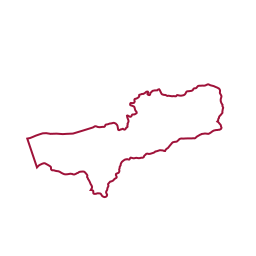 Umling, Geylegphug, Bhutan (orthographic projection), rotated 34°
{"feature_id": "84629894B75666827579722", "entity_name": "Umling", "entity_type": "district", "adm_level": 2, "iso_a3": "BTN", "parent_name": "Bhutan", "parent_adm1": "Geylegphug", "projection": "orthographic", "projection_center": [90.619, 26.907], "detail": "fine", "context": "isolated", "style": "outline", "palette": "rose", "viewbox_px": 256, "rotation_deg": 34, "n_neighbors": 0, "source": "geoboundaries", "source_scale": "gbopen_adm2", "svg_char_len": 5929}
<svg xmlns="http://www.w3.org/2000/svg" viewBox="0 0 256 256"><g transform="rotate(34 128 128)"><path d="M50.4,193.1L74.6,211.6L74.9,209.6L75.1,208.8L75.4,208.1L75.8,207.4L77.0,205.4L77.8,204.5L78.0,204.2L78.4,204.0L78.7,203.8L79.1,203.7L82.2,203.4L84.1,203.3L85.2,203.3L85.5,203.4L85.9,203.5L86.2,203.8L86.4,204.1L87.1,205.0L87.4,205.3L87.8,205.4L88.2,205.5L88.6,205.5L88.9,205.4L89.6,204.9L90.3,204.5L91.0,204.3L91.8,204.1L92.1,203.9L93.2,203.5L94.2,202.9L94.6,202.8L95.7,202.5L98.1,202.4L99.6,202.2L100.7,202.0L101.5,201.7L102.2,201.3L103.4,200.4L104.6,199.3L105.4,198.5L106.0,198.0L106.7,197.7L107.4,197.3L108.2,197.2L108.5,197.1L108.9,196.9L109.2,196.7L109.5,196.5L110.0,195.8L110.4,195.2L110.9,194.1L111.1,193.8L111.4,193.5L111.6,193.2L112.0,192.1L112.2,191.7L112.7,191.1L113.3,190.6L114.8,189.4L115.5,189.0L115.9,188.8L116.2,188.8L116.6,188.8L117.0,188.8L117.8,189.0L118.5,189.2L119.3,189.4L120.4,189.8L120.7,190.0L121.0,190.3L121.4,191.4L121.6,191.6L122.4,191.9L123.1,192.3L123.7,192.8L124.5,193.0L125.8,193.7L126.8,194.3L128.4,195.4L129.9,196.0L130.2,196.2L130.8,196.7L131.1,196.9L131.3,197.3L131.6,197.8L131.8,200.2L132.4,199.8L133.2,199.6L133.6,199.5L134.3,199.6L134.7,200.0L135.4,201.0L135.8,201.5L136.2,201.6L136.7,201.5L137.1,201.3L138.2,200.5L139.1,199.3L141.0,198.1L141.8,197.8L142.6,197.9L144.1,198.6L144.6,198.8L145.5,198.8L146.3,198.7L147.2,198.4L147.8,197.8L148.3,197.0L148.4,196.3L148.3,195.7L147.9,194.9L146.7,194.3L145.9,193.7L145.5,192.9L145.4,192.5L145.4,191.4L145.2,190.6L144.8,189.8L144.6,189.4L144.4,188.6L144.4,187.7L144.1,186.9L143.5,186.3L143.0,185.9L142.8,185.4L142.9,184.8L143.1,183.2L143.2,182.5L143.6,182.0L144.2,181.4L144.8,180.3L145.0,180.0L145.3,178.2L145.3,177.7L145.5,177.4L146.2,175.9L146.2,175.3L145.9,174.8L144.4,173.9L144.2,173.7L143.8,172.9L144.0,172.2L144.3,171.9L144.9,170.9L145.2,170.4L145.2,169.4L145.0,168.7L144.7,168.2L144.3,167.8L144.0,167.5L143.8,167.2L143.6,166.2L142.8,164.7L142.8,164.1L142.8,163.3L142.7,162.9L142.2,162.1L142.0,161.3L141.9,160.5L141.9,159.3L142.5,157.4L143.1,156.0L143.4,155.5L143.9,155.3L144.2,154.8L144.7,154.3L145.7,154.0L146.3,153.7L146.7,153.4L146.8,153.0L146.6,151.8L146.9,151.0L148.1,150.6L149.8,149.9L151.5,148.1L153.5,147.2L154.6,146.4L155.6,145.2L156.6,144.6L157.1,143.9L157.3,143.3L157.0,141.9L157.4,140.5L157.6,139.2L158.3,138.5L158.8,138.2L159.3,138.1L160.0,137.7L160.9,136.9L162.9,134.4L163.5,133.4L163.8,132.2L164.8,131.2L165.9,129.8L166.8,128.6L168.4,127.7L169.4,127.1L170.2,127.0L171.0,126.7L171.6,126.3L171.4,125.4L171.6,123.8L172.3,122.1L172.5,119.6L172.8,116.9L172.9,115.7L173.1,115.0L173.3,114.6L173.7,114.2L174.6,113.2L175.3,112.7L176.0,112.0L176.2,111.5L176.5,110.2L176.7,109.6L176.7,109.0L176.9,108.3L177.4,107.6L178.2,106.8L179.6,106.0L182.1,104.1L186.9,100.8L187.8,100.0L188.8,99.5L189.4,98.8L189.7,97.5L190.0,96.4L190.8,94.8L191.5,93.3L192.1,92.5L192.3,91.9L193.5,90.8L194.2,90.2L194.9,89.5L197.0,88.4L197.8,88.0L198.4,87.2L199.1,85.7L199.6,84.2L200.1,83.0L200.6,82.1L202.1,80.5L203.3,79.6L204.2,78.7L204.9,78.2L205.2,77.6L205.6,76.7L205.5,75.9L205.3,75.4L204.2,74.7L203.6,74.0L203.0,73.6L201.1,73.1L200.3,72.8L199.5,72.6L198.4,72.7L198.5,71.3L197.9,70.3L197.8,69.9L197.8,68.8L197.6,68.6L197.3,67.7L197.3,66.8L197.6,65.2L197.7,63.8L197.8,62.6L197.1,61.7L195.9,59.1L195.8,58.6L195.6,58.0L194.7,57.4L194.0,57.0L193.6,56.4L193.5,56.0L193.2,55.9L191.5,55.1L190.8,54.6L189.9,53.9L189.7,53.6L189.2,53.0L188.8,52.3L188.4,51.2L188.2,50.5L187.9,49.7L187.6,49.4L187.4,49.1L186.7,48.7L185.3,48.0L185.0,47.9L184.6,47.6L184.4,47.3L183.7,46.0L183.2,45.3L182.9,45.1L182.2,44.7L181.5,44.5L181.1,44.4L180.7,44.5L179.5,44.6L177.6,45.0L176.5,45.2L175.7,45.3L174.6,45.7L172.4,46.5L170.9,46.7L170.1,46.9L169.8,47.1L169.6,47.5L168.9,48.4L168.6,49.1L168.1,49.7L167.8,50.0L167.2,50.5L166.5,50.9L165.9,51.3L165.0,52.0L163.1,53.4L162.6,54.0L162.5,54.4L162.4,55.2L162.3,55.9L162.3,56.3L162.2,56.7L162.0,57.0L161.8,57.3L160.8,58.0L160.6,58.3L160.5,58.7L160.4,59.0L160.5,60.2L160.4,60.6L160.1,61.3L159.9,61.6L159.3,62.2L158.7,62.7L157.9,63.5L157.2,63.9L156.3,64.9L156.2,65.3L156.2,65.7L156.4,67.1L156.4,68.2L156.1,69.1L155.8,69.6L155.5,70.0L154.4,71.1L154.1,71.4L153.2,72.0L152.6,72.3L150.7,73.0L150.3,73.3L150.3,73.6L150.1,74.6L149.9,75.0L147.6,76.3L146.9,77.0L143.5,78.6L142.7,79.4L142.2,79.5L141.0,79.6L140.3,79.8L139.4,80.4L137.9,80.9L137.4,81.0L136.5,80.8L132.9,78.7L132.1,78.5L131.4,79.4L131.2,80.4L129.0,82.0L127.6,83.5L127.0,86.4L127.6,88.0L127.4,88.7L126.9,89.0L126.2,89.2L125.3,89.1L125.0,88.7L125.1,87.7L124.9,87.2L124.5,86.9L124.0,86.8L123.5,87.1L122.9,87.8L122.6,89.0L122.3,89.9L121.6,91.2L120.4,92.1L119.9,92.9L118.9,94.1L118.8,94.4L119.0,94.8L119.6,95.5L119.6,96.4L119.2,97.6L118.5,98.9L117.5,100.0L117.4,100.3L117.4,100.7L117.7,101.3L118.8,102.4L118.9,103.5L118.8,103.9L118.1,104.6L117.5,105.1L116.4,105.6L116.2,106.1L116.3,106.8L116.6,107.3L117.1,107.7L117.5,107.7L119.6,107.1L121.2,106.9L122.0,107.4L123.8,109.0L124.7,109.5L125.7,109.7L126.2,110.0L126.7,110.5L126.8,110.8L126.6,111.3L126.5,111.7L125.8,113.1L124.4,114.1L124.1,114.4L124.0,115.0L124.1,115.7L124.2,116.3L124.1,116.8L123.9,117.1L123.5,117.5L123.1,117.6L122.5,117.7L121.0,117.8L120.6,117.9L120.4,118.1L120.3,118.4L121.6,119.7L123.8,121.2L124.6,122.0L125.1,123.4L125.2,124.7L125.9,125.4L126.0,126.2L126.9,127.2L126.9,127.7L126.8,128.1L126.5,128.4L126.4,128.7L126.5,130.3L126.2,131.1L125.8,131.4L125.4,131.5L124.2,131.5L123.9,131.8L123.4,132.7L122.7,133.3L122.3,134.1L122.1,134.5L121.7,134.8L121.4,134.9L120.9,134.9L120.6,134.7L118.2,132.2L117.2,131.6L115.3,131.2L113.7,131.5L112.9,132.0L112.5,132.5L111.5,133.6L110.4,134.5L109.1,136.3L107.8,137.5L107.6,138.2L107.9,139.6L107.5,140.5L106.1,141.4L104.7,142.7L103.7,143.4L102.5,144.0L100.8,144.4L100.1,144.7L99.6,145.1L98.6,147.2L92.1,155.3L85.5,163.4L80.1,167.4L77.4,169.5L72.0,172.6L67.0,176.2L63.1,178.0L60.3,180.1L58.3,182.6L55.9,185.8L54.1,188.6L52.4,191.1L50.4,193.1Z" fill="none" stroke="#9f1239" stroke-width="2"/></g></svg>